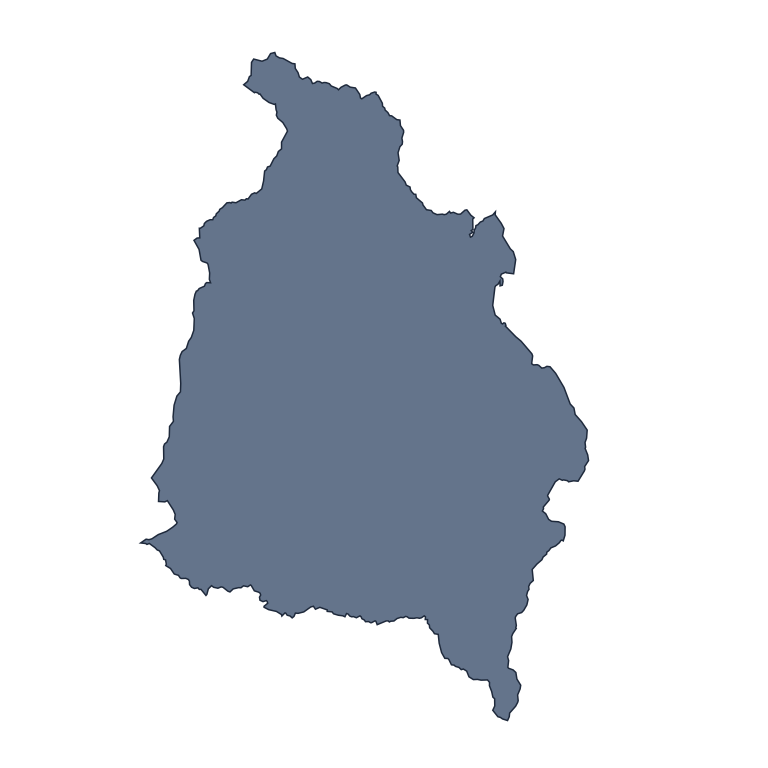 Reghiu, Vrancea, Romania, rotated 110°
{"feature_id": "2599482B22331629819440", "entity_name": "Reghiu", "entity_type": "district", "adm_level": 2, "iso_a3": "ROU", "parent_name": "Romania", "parent_adm1": "Vrancea", "projection": "natural_earth1", "projection_center": [26.855, 45.811], "detail": "fine", "context": "isolated", "style": "filled", "palette": "slate", "viewbox_px": 768, "rotation_deg": 110, "n_neighbors": 0, "source": "geoboundaries", "source_scale": "gbopen_adm2", "svg_char_len": 6171}
<svg xmlns="http://www.w3.org/2000/svg" viewBox="0 0 768 768"><g transform="rotate(110 384 384)"><path d="M453.0,575.2L461.0,572.6L466.2,574.5L475.7,574.0L487.0,571.0L491.1,569.1L497.2,571.0L507.1,567.7L512.8,568.1L515.5,569.7L518.3,569.7L529.8,565.3L534.7,565.6L551.8,570.4L557.2,562.3L561.0,558.5L563.4,558.3L571.5,555.7L569.7,549.6L567.7,547.7L574.4,538.9L578.0,535.6L582.6,534.5L584.9,531.1L586.4,531.1L591.0,533.7L596.8,537.9L602.7,544.6L609.0,549.3L610.7,551.7L611.2,554.5L616.6,558.3L615.4,553.4L615.8,551.9L614.1,550.0L616.1,543.2L617.5,540.4L617.6,537.9L622.2,532.2L624.1,531.0L624.0,529.1L627.8,526.9L629.3,527.0L630.4,521.5L634.3,516.1L634.1,511.7L635.9,509.3L636.1,508.0L634.4,503.7L634.6,501.0L635.7,499.5L639.0,498.1L640.8,495.3L641.0,492.2L639.2,489.2L640.2,487.3L639.6,485.7L643.6,479.0L642.3,478.5L636.5,479.0L632.5,477.1L633.3,474.5L632.7,470.2L630.4,467.7L630.1,465.8L632.1,459.8L632.1,457.6L628.1,455.6L625.1,451.0L624.4,448.7L621.7,447.0L621.1,442.7L618.5,440.8L618.7,439.9L622.7,435.1L622.5,430.5L623.0,428.8L624.5,427.7L626.9,428.1L629.6,426.6L629.9,423.3L627.8,420.5L628.3,419.4L629.8,418.3L633.9,420.7L634.8,420.4L635.5,415.2L634.5,407.3L635.7,401.5L637.0,400.6L633.0,398.8L632.9,398.0L634.4,395.9L634.1,393.1L635.2,390.3L633.2,389.1L629.6,388.9L628.9,386.3L625.6,381.4L618.6,376.6L617.0,374.3L619.1,371.4L615.8,367.9L615.7,360.1L617.1,359.6L615.9,354.9L617.2,352.8L616.9,347.8L615.9,343.4L616.1,341.1L612.5,340.7L612.4,339.3L613.8,336.6L613.8,334.6L613.0,333.2L613.1,330.0L610.1,327.3L610.5,326.0L612.1,324.5L612.5,321.8L613.7,320.1L612.5,317.2L612.9,314.9L612.5,314.0L609.6,311.4L609.8,310.4L612.5,308.1L605.9,300.9L605.2,299.0L605.8,297.6L604.6,296.5L603.3,293.6L599.9,291.5L597.5,288.4L597.0,286.0L595.0,284.2L594.8,282.7L595.5,280.4L594.0,275.8L592.4,273.1L592.0,270.5L590.9,268.9L588.1,266.9L588.6,265.4L591.2,264.7L590.5,262.5L593.8,261.4L594.9,259.0L597.5,257.7L599.7,253.3L601.4,251.2L600.7,247.4L608.7,243.5L616.7,238.0L621.0,233.0L620.1,230.1L620.8,228.7L624.8,224.6L624.2,222.0L624.9,220.3L624.7,216.6L626.0,213.7L624.7,212.0L625.5,208.1L630.1,204.0L631.2,198.9L629.6,195.1L629.1,191.5L626.7,185.5L628.3,182.8L631.5,181.7L636.2,177.6L641.0,174.6L641.9,172.4L648.7,169.8L653.4,170.2L657.7,163.2L657.5,160.6L658.2,158.1L658.0,152.8L653.8,152.5L650.2,153.4L641.8,150.1L637.5,149.5L635.7,149.6L630.5,152.1L624.0,151.8L620.3,152.5L615.8,158.2L610.0,161.4L608.5,164.9L608.5,169.7L607.9,170.7L601.3,172.3L598.0,174.6L589.6,174.2L583.0,175.4L577.7,177.7L574.5,177.6L568.4,176.1L567.8,176.9L565.8,177.0L559.1,180.6L557.7,180.8L554.3,179.9L551.7,176.5L548.9,175.3L542.8,174.2L537.2,174.9L534.0,177.7L529.8,178.1L527.4,177.5L524.8,178.8L521.4,178.5L517.6,176.5L507.6,181.3L500.9,178.7L495.1,175.5L492.2,175.3L488.2,173.0L486.4,173.5L484.2,172.1L480.9,171.1L477.5,167.4L473.1,164.9L470.6,164.3L469.8,163.4L470.1,161.9L464.2,162.2L456.2,165.0L454.1,167.1L453.8,173.0L455.7,179.6L454.9,183.0L450.6,187.6L449.2,191.7L446.7,191.4L445.1,192.2L436.7,189.1L435.7,189.2L433.2,192.0L432.3,192.1L417.3,189.6L413.2,186.9L413.5,183.5L412.7,182.5L412.1,178.5L412.8,177.1L410.1,172.7L409.0,168.4L397.2,166.0L395.3,166.0L393.0,167.2L386.0,165.6L381.0,168.3L375.7,173.0L374.5,172.9L370.2,175.1L365.6,175.1L357.8,177.3L351.8,185.6L347.3,193.9L341.6,197.3L339.1,202.2L325.7,213.7L315.3,226.3L311.0,233.9L311.7,237.0L313.8,238.8L315.1,241.2L313.5,245.0L313.5,246.8L315.0,250.1L314.4,252.2L306.8,253.9L305.0,255.4L296.9,269.8L294.5,276.4L288.1,289.7L287.4,289.4L285.5,290.8L285.5,292.2L287.0,293.2L286.8,294.5L283.4,297.1L281.2,303.1L273.0,308.7L255.0,312.9L253.4,312.6L251.3,311.0L247.6,310.3L252.1,308.5L250.7,306.6L247.0,307.2L244.6,308.4L243.4,311.4L240.6,311.3L237.2,307.7L237.7,307.1L236.1,299.9L222.0,302.8L215.4,307.8L213.8,311.5L204.4,323.2L196.9,324.4L192.9,328.8L187.0,337.4L184.1,338.2L188.0,339.7L194.2,346.3L197.0,346.8L198.9,348.9L202.3,350.3L203.7,351.8L206.1,351.3L208.6,351.8L211.2,351.1L215.1,351.6L216.4,353.0L214.2,354.8L211.1,352.5L210.0,354.5L208.4,353.3L198.7,357.0L197.0,356.2L195.7,360.1L192.0,365.7L193.0,367.4L198.2,370.2L199.2,372.7L198.9,377.5L200.6,379.9L199.4,381.5L203.1,383.5L204.3,385.4L204.4,387.2L206.7,392.1L206.4,396.5L204.8,399.0L205.7,403.7L202.5,408.5L200.7,409.8L197.9,417.3L194.9,419.0L195.4,420.8L193.9,423.7L192.4,425.6L190.0,426.9L189.5,431.1L186.9,433.3L180.5,443.2L175.3,445.3L174.6,446.2L168.7,446.2L161.9,449.9L155.6,450.2L152.4,448.9L149.9,449.5L146.8,451.3L140.8,451.6L138.9,452.4L135.6,456.9L130.5,459.3L131.2,462.4L129.4,468.5L129.9,470.6L127.6,473.2L126.2,476.6L124.5,477.7L123.5,480.3L120.7,481.6L114.8,488.2L114.3,490.6L112.6,491.2L112.8,492.6L115.2,495.6L117.1,496.4L119.0,499.1L123.6,502.4L123.3,503.9L120.2,505.8L115.6,512.1L116.6,517.3L115.7,521.3L116.3,522.6L119.9,525.9L123.1,527.4L122.3,529.1L122.0,535.5L120.5,538.1L120.6,541.5L121.2,543.5L122.4,545.1L121.8,548.1L122.4,550.3L125.0,552.1L126.1,554.0L123.0,556.9L121.6,560.7L125.5,564.8L124.5,568.5L120.8,571.3L117.8,575.3L113.6,577.2L114.2,580.0L112.6,590.1L113.3,593.8L112.6,597.7L109.8,600.0L112.3,603.6L118.6,604.8L122.4,609.0L123.2,617.6L127.1,618.5L139.5,614.4L141.2,615.6L146.2,615.6L150.8,618.2L154.6,605.4L154.0,605.1L153.5,602.5L154.4,600.5L153.9,599.7L156.9,595.3L158.8,588.3L158.8,582.8L158.0,581.8L163.2,579.2L165.1,577.6L168.2,577.1L170.6,574.7L172.9,568.5L177.5,562.7L179.4,561.2L191.8,563.0L198.1,560.7L201.6,562.8L206.4,562.8L209.9,564.5L218.2,565.5L219.9,567.7L222.8,567.8L224.7,569.0L234.4,566.6L242.5,565.6L248.6,569.2L248.6,570.9L251.0,573.4L256.6,575.0L257.0,576.7L258.8,577.6L259.6,581.0L264.3,585.1L265.1,589.0L266.3,589.6L266.2,590.9L267.5,593.6L273.6,596.2L276.1,598.1L277.9,598.0L281.4,599.8L283.6,599.6L285.8,601.1L288.2,601.1L289.1,603.6L291.8,606.4L294.6,607.7L297.0,607.4L300.5,609.9L300.8,610.8L309.7,607.1L310.8,609.6L314.0,611.7L320.8,603.8L330.3,598.3L330.9,596.5L330.8,591.7L331.7,590.3L339.3,585.8L345.4,583.9L348.2,581.6L349.3,585.2L350.6,586.1L353.5,586.2L357.5,590.3L360.1,591.1L360.9,592.1L364.3,592.3L370.5,591.4L380.2,587.6L382.8,588.2L387.3,584.7L398.6,581.1L406.1,581.0L410.6,582.2L418.2,581.9L422.5,584.8L426.7,585.2L430.9,584.7L453.0,575.2Z" fill="#64748b" stroke="#1e293b" stroke-width="1.5"/></g></svg>